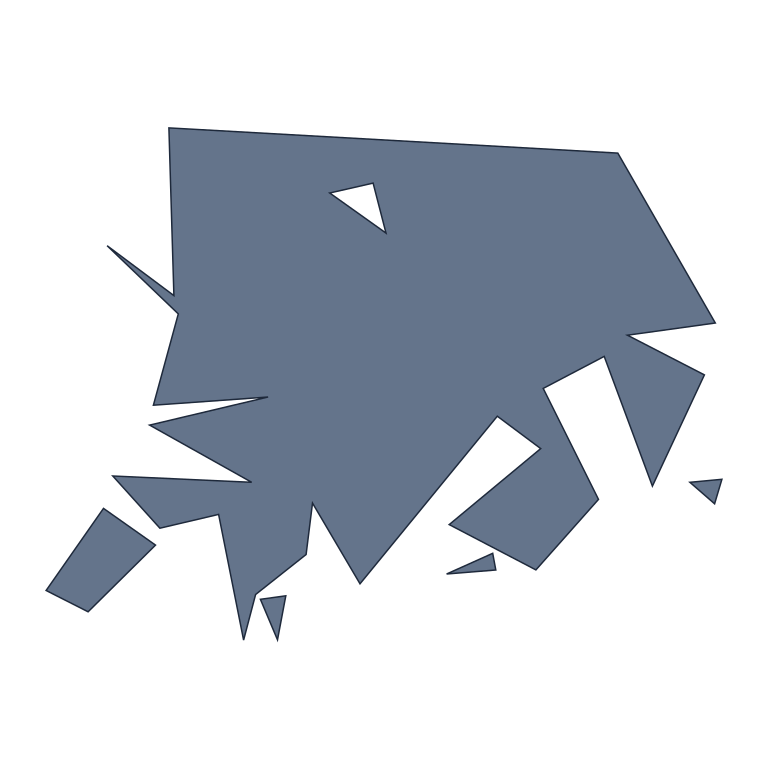 SVG path tracing the border of South Jeolla
{"feature_id": "KOR-2506", "entity_name": "South Jeolla", "entity_type": "Metropolitan City", "adm_level": 1, "iso_a3": "KOR", "parent_name": "South Korea", "parent_adm1": "", "projection": "albers", "projection_center": [126.652, 34.734], "detail": "coarse", "context": "isolated", "style": "filled", "palette": "slate", "viewbox_px": 768, "rotation_deg": 0, "n_neighbors": 0, "source": "natural_earth", "source_scale": "10m", "svg_char_len": 735}
<svg xmlns="http://www.w3.org/2000/svg" viewBox="0 0 768 768"><path d="M715.3,323.0L627.4,335.2L704.4,374.9L652.4,486.1L604.2,356.4L543.2,388.4L598.5,499.4L535.9,569.9L449.2,524.6L540.7,448.6L497.3,416.2L360.0,583.8L312.5,503.1L306.1,554.5L255.6,594.5L243.6,640.1L218.6,514.4L159.9,528.2L112.8,476.0L251.7,482.3L149.6,425.1L268.1,397.0L153.4,405.2L178.3,313.9L107.1,245.7L173.9,295.6L168.9,127.9L617.8,153.1L715.3,323.0ZM386.0,233.1L373.1,183.1L329.7,193.0L386.0,233.1ZM155.5,545.1L88.1,611.8L46.1,590.5L103.5,508.4L155.5,545.1ZM285.8,595.8L277.5,639.8L260.4,599.3L285.8,595.8ZM446.6,574.0L492.7,553.3L495.8,570.0L446.6,574.0ZM689.9,482.3L721.9,479.3L714.6,503.8L689.9,482.3Z" fill="#64748b" stroke="#1e293b" stroke-width="1.5"/></svg>